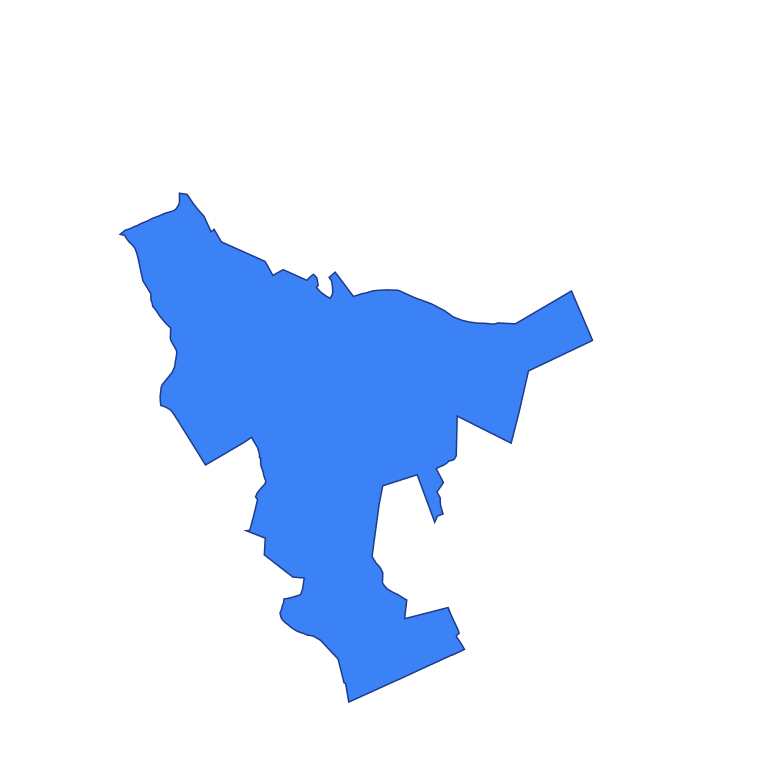 outline of Reyes Etla, Oaxaca, Mexico, rotated 149°
{"feature_id": "50627088B16389783257433", "entity_name": "Reyes Etla", "entity_type": "district", "adm_level": 2, "iso_a3": "MEX", "parent_name": "Mexico", "parent_adm1": "Oaxaca", "projection": "albers", "projection_center": [-96.814, 17.21], "detail": "fine", "context": "isolated", "style": "filled", "palette": "blue", "viewbox_px": 768, "rotation_deg": 149, "n_neighbors": 0, "source": "geoboundaries", "source_scale": "gbopen_adm2", "svg_char_len": 4179}
<svg xmlns="http://www.w3.org/2000/svg" viewBox="0 0 768 768"><g transform="rotate(149 384 384)"><path d="M533.1,648.2L529.7,645.0L529.8,642.6L529.4,637.3L528.1,633.1L527.6,628.7L528.4,623.9L530.7,616.2L533.0,609.9L537.5,596.7L537.4,591.0L537.4,585.7L537.4,581.4L540.6,575.9L541.1,572.6L542.3,569.4L541.9,567.6L541.4,563.7L541.2,557.3L539.7,548.1L538.3,542.7L537.9,541.6L539.6,539.6L540.3,538.3L541.4,536.6L542.4,535.1L543.5,533.5L544.2,531.1L544.3,529.8L544.4,526.2L544.5,523.0L544.6,520.0L544.7,519.6L545.3,518.0L546.0,516.9L547.5,515.1L549.4,512.8L549.5,512.7L551.4,510.6L553.6,507.8L554.3,507.0L555.1,506.2L556.1,505.5L557.6,504.4L560.0,502.9L560.9,502.6L563.9,501.5L569.2,499.6L571.6,498.7L573.6,498.0L574.4,497.7L577.1,495.5L578.4,493.7L582.7,488.1L583.0,487.4L584.8,484.0L585.7,482.1L586.3,480.5L585.2,479.3L584.6,478.5L583.5,477.3L581.9,474.7L580.9,472.9L580.0,470.0L579.8,467.6L579.5,459.5L579.4,451.0L579.4,449.0L579.4,448.1L579.3,446.8L579.3,445.6L579.3,444.7L579.3,444.0L579.1,432.8L579.0,425.4L578.9,420.8L578.8,409.3L578.7,406.5L553.6,406.2L551.3,406.2L534.3,406.0L533.8,406.0L530.6,406.2L525.0,406.5L525.1,403.4L525.1,398.2L525.1,394.6L526.7,388.7L527.1,387.7L527.5,387.1L528.3,385.5L528.6,385.2L528.2,384.3L528.0,383.6L529.0,382.3L530.5,379.7L531.5,377.7L532.7,371.9L532.8,371.6L532.9,370.9L533.1,370.2L533.4,369.7L534.1,367.9L534.3,367.1L534.4,366.4L534.5,365.7L535.0,363.7L535.1,362.7L535.2,361.8L535.9,361.1L536.5,360.4L537.0,360.1L537.4,359.9L538.1,359.5L538.7,359.3L539.4,359.1L540.2,358.9L541.2,358.6L542.3,358.3L543.1,358.0L544.4,357.5L545.8,357.1L546.5,356.7L547.2,356.5L548.0,356.2L548.9,355.8L549.7,355.4L550.2,354.9L550.7,354.4L551.2,354.1L552.2,353.5L552.2,353.0L552.1,351.0L552.1,349.6L552.6,349.1L553.9,348.2L554.5,347.4L555.6,346.3L556.8,345.1L558.3,343.5L559.6,342.2L560.9,340.9L561.7,340.0L562.5,339.2L563.2,338.6L564.1,337.7L565.0,336.7L566.1,335.8L567.0,334.9L568.3,333.6L569.9,332.0L571.3,330.7L574.4,327.8L577.7,329.2L565.2,313.0L574.6,299.2L561.6,265.5L556.4,261.7L552.3,258.8L559.4,250.2L564.1,246.4L569.1,247.6L572.1,248.3L577.3,249.9L580.3,251.3L581.1,250.3L582.8,248.2L585.8,245.9L588.5,243.1L591.0,241.4L592.2,238.1L592.6,236.0L592.5,234.0L591.5,230.2L589.8,225.8L588.7,222.6L586.3,217.7L583.8,214.2L581.3,211.5L579.0,208.2L576.4,206.2L574.0,203.6L570.4,197.0L565.0,171.8L572.1,148.7L571.2,146.8L573.0,142.3L574.5,138.5L574.6,138.2L575.6,135.7L577.1,131.9L578.0,129.5L533.0,124.3L515.1,122.2L500.9,120.7L464.9,116.7L464.9,116.4L451.7,115.1L451.6,120.3L451.6,121.2L451.8,126.9L452.2,129.9L451.4,130.9L450.3,131.3L448.0,131.6L447.7,132.8L447.1,135.6L446.8,138.3L446.1,145.6L444.8,156.6L444.5,156.6L444.2,159.4L487.2,172.2L480.4,181.1L479.5,182.1L478.7,183.2L476.4,186.3L475.7,187.1L477.2,189.5L480.4,196.0L484.1,201.6L486.7,206.7L487.6,210.6L487.7,214.5L484.4,219.4L482.2,223.0L481.9,229.4L483.0,234.4L483.1,242.3L450.1,283.4L437.5,297.4L425.2,294.5L402.3,289.1L411.7,239.4L409.5,240.9L406.1,243.3L402.5,242.6L400.4,242.1L399.6,244.9L397.8,251.5L396.7,253.5L395.8,255.2L394.4,257.6L394.3,264.1L383.8,268.9L383.8,269.1L383.2,278.3L383.0,281.5L382.8,284.7L381.9,284.6L374.1,283.7L370.7,283.9L368.0,284.6L364.7,283.4L362.5,283.3L359.0,285.3L337.8,318.8L305.5,267.8L283.8,289.2L253.4,320.8L185.4,314.2L182.8,314.0L181.9,320.0L175.4,367.2L240.4,367.9L254.9,377.7L257.3,378.1L260.4,379.6L265.6,383.6L272.9,388.3L279.4,393.6L284.4,398.5L290.2,406.0L294.2,415.4L302.1,428.3L308.9,436.9L313.2,442.1L323.5,457.0L333.4,463.4L341.3,467.6L346.0,469.7L352.1,471.2L357.4,473.1L362.0,474.0L363.6,474.5L365.1,474.8L367.7,500.0L368.3,505.0L376.1,503.6L375.9,499.0L378.4,493.3L380.5,489.4L382.3,487.2L386.1,485.2L388.3,489.2L390.9,495.2L392.2,501.6L389.7,502.2L387.8,507.0L386.9,510.0L387.9,514.3L390.3,514.1L393.8,513.4L396.7,512.6L411.5,533.9L423.3,534.4L422.8,550.3L450.2,589.6L450.0,604.1L451.8,603.7L453.8,603.7L451.9,620.5L453.5,628.4L454.6,637.4L455.1,647.9L461.1,652.9L463.0,649.7L465.8,645.0L467.8,643.3L469.8,642.3L472.2,641.1L475.7,640.9L478.4,641.7L483.5,643.1L490.0,643.9L497.4,645.3L503.8,645.7L509.2,646.7L513.9,646.9L517.1,647.6L520.2,647.7L522.8,648.2L526.6,649.1L533.1,648.2Z" fill="#3b82f6" stroke="#1e3a8a" stroke-width="1.5"/></g></svg>